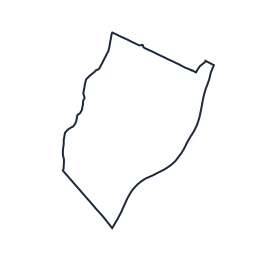 the district of Sliedrecht, Zuid-Holland, Netherlands, rotated 298°
{"feature_id": "6326949B68381004062168", "entity_name": "Sliedrecht", "entity_type": "district", "adm_level": 2, "iso_a3": "NLD", "parent_name": "Netherlands", "parent_adm1": "Zuid-Holland", "projection": "albers", "projection_center": [4.773, 51.831], "detail": "fine", "context": "isolated", "style": "outline", "palette": "slate", "viewbox_px": 256, "rotation_deg": 298, "n_neighbors": 0, "source": "geoboundaries", "source_scale": "gbopen_adm2", "svg_char_len": 5132}
<svg xmlns="http://www.w3.org/2000/svg" viewBox="0 0 256 256"><g transform="rotate(298 128 128)"><path d="M223.8,174.3L223.7,164.9L223.1,165.1L222.9,165.2L217.3,162.9L216.2,162.4L212.4,162.0L209.0,161.9L209.0,157.1L208.7,157.1L208.7,155.2L208.6,154.5L208.6,153.6L208.5,153.3L208.5,152.9L208.4,152.5L208.4,152.2L208.3,151.6L208.2,151.3L208.2,150.9L208.1,150.5L208.1,146.2L208.1,145.4L208.1,143.5L208.0,140.5L207.9,138.5L207.9,137.7L207.7,133.5L207.6,132.8L207.6,132.6L207.5,130.8L207.4,126.4L207.2,123.3L207.1,120.5L207.0,118.7L207.0,116.9L206.9,113.8L206.8,112.1L206.7,110.5L206.6,109.3L206.5,107.3L206.4,105.5L206.4,104.8L206.5,104.6L206.5,104.4L206.6,104.0L206.7,103.6L206.8,103.5L206.9,103.3L207.2,103.0L207.3,102.8L207.5,102.7L207.8,102.5L207.9,102.4L208.0,102.4L208.0,101.4L207.9,101.4L207.7,101.4L206.7,99.9L206.5,99.6L206.4,99.4L206.3,99.2L206.2,98.7L206.1,97.0L205.9,91.7L205.9,90.7L205.8,90.0L205.8,87.4L205.7,84.8L205.7,84.5L205.6,83.8L205.6,83.1L205.5,82.6L205.6,82.1L205.5,81.7L205.5,81.0L205.4,80.6L205.4,80.3L205.4,79.9L205.3,78.8L205.3,78.4L205.3,77.8L205.2,76.4L205.2,74.3L205.1,73.0L205.0,70.4L204.9,69.4L204.5,69.4L204.4,69.3L204.1,69.3L203.4,69.5L202.1,69.8L200.7,70.3L200.3,70.4L199.2,70.8L198.7,71.0L197.7,71.2L195.9,71.8L195.4,72.0L194.3,72.3L193.4,72.6L192.1,73.1L190.4,73.6L189.7,73.8L189.1,73.9L188.4,74.1L187.7,74.3L186.7,74.6L186.3,74.6L185.3,74.5L184.6,74.5L183.7,74.5L182.9,74.5L182.2,74.6L181.9,74.6L181.7,74.6L181.4,74.6L181.2,74.6L180.8,74.6L180.0,74.7L179.4,74.7L177.8,74.6L176.2,74.7L174.9,74.7L173.1,74.8L172.9,74.8L172.2,74.7L171.7,74.7L171.4,74.7L170.0,74.7L169.6,74.7L169.3,74.7L168.0,74.7L166.8,74.6L166.5,74.5L166.3,74.5L166.0,74.3L165.8,74.3L165.6,74.2L165.4,74.0L165.3,73.9L165.1,73.7L164.8,73.4L164.5,73.1L164.4,73.0L164.3,72.9L164.0,72.7L163.9,72.6L163.4,72.5L163.2,72.5L162.6,72.4L162.1,72.2L161.1,71.8L160.8,71.7L159.5,71.1L159.1,70.9L158.4,70.6L157.3,70.2L157.0,70.1L156.0,69.7L155.8,69.6L155.4,69.4L154.7,69.2L153.5,68.9L152.1,68.4L151.8,68.3L151.6,68.3L151.4,68.3L151.1,68.3L150.8,68.3L149.5,68.6L148.4,68.9L147.9,69.0L147.0,69.2L146.7,69.3L146.3,69.4L144.9,69.9L143.6,70.4L143.4,70.5L143.0,70.6L142.6,70.7L142.2,70.8L141.5,71.0L141.1,71.1L140.9,71.2L140.5,71.3L140.2,71.4L139.1,71.8L138.9,71.9L138.7,71.9L138.5,72.0L138.4,72.1L138.0,72.2L137.9,72.2L137.8,72.3L137.5,72.4L137.3,72.5L137.2,72.6L136.9,72.9L136.4,73.4L136.3,73.6L136.1,73.7L135.9,74.0L134.6,75.2L134.1,75.6L133.7,75.7L133.4,75.6L133.2,75.6L132.7,75.6L132.4,75.6L132.1,75.6L131.3,75.6L131.1,75.7L130.7,75.8L129.3,76.3L129.1,76.4L128.2,76.9L128.1,77.0L127.8,77.1L127.5,77.2L126.5,77.5L126.1,77.6L125.4,77.8L124.8,78.0L124.1,78.2L122.6,78.7L122.5,78.8L122.1,78.8L121.8,78.8L120.7,78.8L119.8,78.7L119.7,78.7L119.3,78.8L118.9,78.7L118.6,78.7L118.4,78.6L117.9,78.4L117.6,78.3L117.4,78.2L117.1,78.0L116.9,77.8L116.6,77.6L116.4,77.5L116.1,77.4L115.8,77.4L115.6,77.3L115.1,77.4L115.0,77.5L114.8,77.5L114.5,77.6L114.1,77.6L113.8,77.8L113.7,77.8L112.8,78.1L112.7,78.2L112.2,78.4L111.8,78.4L110.8,78.8L109.4,79.1L109.1,79.2L108.4,79.2L108.2,79.2L107.6,79.3L106.7,79.3L106.3,79.3L104.6,79.0L104.0,78.9L103.4,78.7L102.7,78.2L102.4,78.0L102.3,77.9L102.1,77.8L101.7,77.5L101.4,77.3L101.1,77.1L100.9,77.0L100.3,76.8L100.1,76.6L99.8,76.5L98.9,76.0L98.8,75.9L98.3,75.7L97.9,75.6L97.5,75.4L96.7,75.3L95.7,75.0L95.0,74.8L94.8,74.7L94.4,74.6L94.1,74.7L93.9,74.8L93.6,74.8L88.8,76.4L88.6,76.4L88.5,76.5L88.3,76.5L88.1,76.6L87.6,76.8L86.4,77.3L85.9,77.6L85.4,77.8L84.6,78.3L84.3,78.4L84.0,78.6L82.4,79.2L81.8,79.5L81.2,79.7L80.7,79.8L79.4,80.3L78.2,80.8L77.5,81.1L77.1,81.3L75.9,81.9L75.8,82.0L73.6,83.2L73.5,83.3L71.2,85.3L71.0,85.6L68.9,86.9L67.7,87.5L65.5,88.5L64.7,88.9L63.5,89.4L63.0,89.6L62.6,89.8L62.4,89.9L61.6,90.3L61.1,90.4L60.9,90.4L60.6,90.4L60.4,90.4L60.0,90.3L59.8,90.5L59.1,92.4L58.3,94.4L57.1,97.6L55.4,102.0L55.0,103.2L54.4,104.6L54.2,105.0L53.7,106.5L52.8,108.8L52.7,109.1L52.6,109.4L51.7,111.7L51.4,112.5L51.0,113.5L50.6,114.6L50.0,116.1L48.8,119.1L48.0,121.3L44.5,130.5L44.0,131.7L43.0,134.4L42.3,136.0L41.3,138.6L40.5,141.0L38.1,147.5L35.5,153.5L32.2,161.0L42.1,161.5L47.0,161.5L50.2,161.5L51.6,161.4L54.1,161.2L62.4,160.7L62.7,160.7L63.0,160.6L63.6,160.6L64.2,160.5L65.5,160.5L69.7,160.6L70.2,160.6L72.1,160.7L73.1,160.8L73.8,160.8L75.2,161.0L76.1,161.2L76.9,161.3L77.5,161.5L79.4,162.0L80.4,162.2L82.6,162.9L83.5,163.2L84.3,163.6L85.2,163.9L86.9,164.7L87.3,164.8L87.9,165.1L88.5,165.5L90.7,166.7L91.2,167.0L91.6,167.3L92.5,167.9L93.1,168.4L94.0,169.1L94.6,169.6L98.0,172.3L101.5,174.7L104.8,177.0L108.3,179.5L111.7,181.4L115.1,183.1L118.5,184.5L118.9,184.6L119.2,184.7L120.7,185.2L121.9,185.5L122.5,185.6L123.3,185.7L124.9,186.0L127.5,186.4L128.2,186.5L130.4,186.9L131.1,187.0L131.7,187.0L134.2,187.1L135.5,187.2L136.7,187.2L139.5,187.1L142.0,187.0L143.6,187.0L146.6,187.1L149.1,187.2L150.1,187.2L152.7,187.5L156.1,187.7L157.0,187.7L159.3,187.7L162.7,187.5L166.1,187.0L169.3,186.4L170.5,186.1L170.9,186.1L176.1,184.6L182.4,182.7L188.2,180.8L192.4,179.7L194.4,179.2L195.4,179.0L197.5,178.5L202.6,177.8L205.1,177.5L209.4,176.8L215.8,175.1L216.8,175.0L223.8,174.3Z" fill="none" stroke="#1e293b" stroke-width="2"/></g></svg>